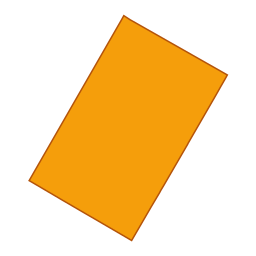 outline of Dundy, Nebraska, United States of America, rotated 300°
{"feature_id": "52423323B35170285070049", "entity_name": "Dundy", "entity_type": "district", "adm_level": 2, "iso_a3": "USA", "parent_name": "United States of America", "parent_adm1": "Nebraska", "projection": "albers", "projection_center": [-101.7, 40.176], "detail": "fine", "context": "isolated", "style": "filled", "palette": "amber", "viewbox_px": 256, "rotation_deg": 300, "n_neighbors": 0, "source": "geoboundaries", "source_scale": "gbopen_adm2", "svg_char_len": 475}
<svg xmlns="http://www.w3.org/2000/svg" viewBox="0 0 256 256"><g transform="rotate(300 128 128)"><path d="M33.0,68.7L33.0,72.5L32.7,107.8L32.7,109.9L32.6,132.7L32.6,137.6L32.4,187.4L67.9,187.5L71.2,187.5L87.8,187.7L90.1,187.6L96.5,187.7L97.3,187.7L144.0,187.8L144.3,187.7L166.2,187.7L199.1,187.7L200.7,187.7L201.0,187.7L210.4,187.6L218.6,187.6L223.2,187.5L223.6,187.5L222.8,75.5L223.2,68.2L218.2,68.3L33.0,68.7Z" fill="#f59e0b" stroke="#b45309" stroke-width="1.5"/></g></svg>